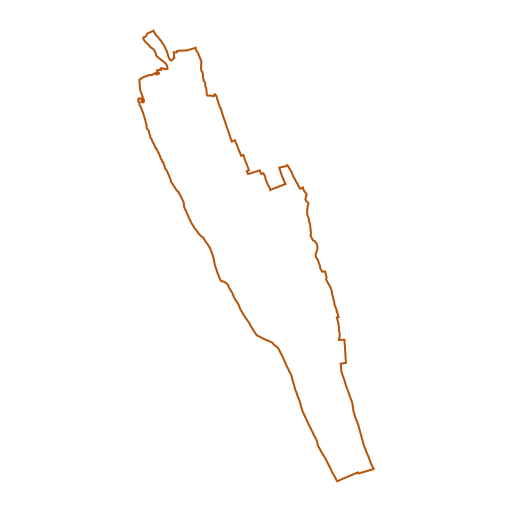 the district of Alexandru Vlahuta, Vaslui, Romania
{"feature_id": "2599482B68541594325283", "entity_name": "Alexandru Vlahuta", "entity_type": "district", "adm_level": 2, "iso_a3": "ROU", "parent_name": "Romania", "parent_adm1": "Vaslui", "projection": "robinson", "projection_center": [27.622, 46.447], "detail": "fine", "context": "isolated", "style": "outline", "palette": "amber", "viewbox_px": 512, "rotation_deg": 0, "n_neighbors": 0, "source": "geoboundaries", "source_scale": "gbopen_adm2", "svg_char_len": 5928}
<svg xmlns="http://www.w3.org/2000/svg" viewBox="0 0 512 512"><path d="M373.7,468.9L371.1,463.7L368.5,456.8L366.2,451.6L365.7,449.9L364.8,447.9L363.5,444.0L361.9,438.1L361.4,436.9L361.1,435.1L360.6,433.6L358.9,427.4L358.3,424.7L355.4,417.7L353.5,411.3L352.4,403.9L351.7,401.0L351.1,399.4L349.9,396.6L349.1,394.0L347.7,390.1L346.1,386.1L344.3,379.9L342.3,374.3L341.4,371.2L341.2,370.0L341.0,366.5L340.6,363.7L346.0,362.8L345.6,358.2L345.1,349.5L344.4,339.8L339.0,339.9L339.7,336.2L339.8,334.2L339.4,332.3L339.1,331.4L338.9,330.5L338.9,329.2L339.1,327.7L339.0,326.6L338.6,325.7L338.3,322.6L337.4,319.9L337.1,317.8L336.9,317.4L338.6,317.1L338.1,315.7L337.7,313.8L336.7,311.2L336.6,309.8L336.3,309.0L335.5,307.2L334.4,304.3L334.3,302.8L334.1,301.5L332.2,294.2L331.8,291.7L331.4,290.0L330.5,287.5L328.2,283.1L327.9,283.0L326.1,279.4L326.1,279.0L326.5,277.7L326.5,276.9L325.3,271.9L325.1,271.5L322.1,271.7L320.1,268.0L320.0,266.0L319.3,264.1L318.9,263.4L318.4,261.4L317.7,259.6L316.1,257.3L315.7,256.2L315.6,255.5L315.7,254.6L316.4,251.8L317.4,249.5L317.5,248.7L317.4,248.1L317.5,247.3L317.1,245.0L316.3,242.9L314.2,240.8L313.3,240.2L312.9,240.2L310.7,236.1L310.7,235.0L311.0,233.6L310.7,231.0L310.7,229.1L310.3,227.6L310.2,225.0L309.7,222.4L309.3,222.1L308.9,221.3L308.8,220.4L308.9,219.2L308.7,218.3L307.7,215.8L307.1,213.3L307.0,212.6L307.3,212.1L307.4,211.6L307.1,210.5L307.5,208.3L307.6,206.3L308.4,203.8L308.4,202.9L307.6,202.1L306.7,201.6L305.4,199.6L305.9,196.9L306.5,195.4L306.6,194.0L304.0,190.8L303.0,188.6L302.9,187.5L300.1,188.7L298.4,185.8L298.1,185.5L297.8,184.2L297.5,183.7L296.8,182.9L296.0,181.6L295.1,179.6L293.7,177.4L292.2,173.7L290.8,170.7L287.4,165.2L286.1,165.7L285.7,166.3L285.0,166.6L284.3,166.5L279.3,167.6L281.6,175.2L283.4,179.1L284.5,182.1L285.6,183.9L281.9,185.4L272.1,189.2L270.3,190.1L270.2,189.2L269.7,187.9L267.6,184.3L267.1,182.7L265.6,179.5L265.2,176.6L263.4,173.3L262.7,173.2L261.9,173.9L261.4,174.0L261.2,173.8L260.5,172.7L259.8,170.3L251.3,173.1L248.1,174.0L246.8,171.1L248.9,170.4L248.8,169.9L247.1,165.2L244.7,159.3L243.4,155.0L243.3,154.9L241.1,155.8L239.9,152.5L238.8,150.2L237.2,145.7L235.9,143.0L234.9,140.2L231.8,141.6L223.2,116.4L220.6,107.9L220.0,107.7L219.9,107.3L217.5,100.0L216.3,95.8L215.5,94.7L214.9,94.2L214.5,94.4L213.8,96.1L213.2,96.4L211.7,95.7L207.4,95.6L206.6,93.8L206.7,92.9L206.1,87.8L205.4,86.3L205.1,84.7L205.3,83.5L204.3,81.2L203.5,80.6L203.4,80.2L203.6,79.0L203.0,78.0L203.1,76.6L203.0,76.1L203.0,75.2L202.8,74.5L202.9,73.7L202.5,72.5L202.5,72.1L201.9,71.8L201.2,69.8L201.0,67.2L201.3,62.8L201.3,61.5L201.2,61.0L197.9,52.9L196.2,50.3L195.8,49.4L195.6,47.8L187.0,50.4L178.9,50.7L178.6,50.9L177.9,51.1L176.9,51.1L176.8,52.3L173.7,52.3L174.0,54.2L174.0,56.3L173.9,57.3L174.4,57.9L173.4,58.7L172.4,59.9L171.1,60.6L170.7,60.3L169.7,59.3L168.7,57.5L167.0,51.7L164.5,46.3L163.2,44.1L161.9,42.5L161.1,40.9L160.5,40.4L158.5,37.8L156.3,35.6L155.7,34.5L153.4,31.0L153.4,30.7L149.9,32.4L147.7,33.3L146.7,34.6L146.4,35.6L146.0,36.0L144.7,37.1L143.3,37.4L143.5,39.1L144.1,40.2L145.3,41.8L148.0,44.2L150.2,47.0L153.0,48.9L153.9,49.7L154.3,50.3L155.9,53.7L156.2,55.5L157.0,56.5L164.7,62.6L165.5,63.4L166.5,64.8L167.1,66.1L167.5,68.9L165.0,69.2L163.2,68.5L161.4,68.2L161.0,68.3L160.6,68.6L161.0,69.5L161.1,69.9L157.4,70.2L157.0,70.3L157.2,71.0L157.3,72.0L157.6,72.3L158.6,72.6L158.9,73.0L159.0,73.6L158.8,73.8L156.2,74.5L155.8,74.0L155.7,73.0L154.8,73.5L153.8,73.8L152.9,74.6L151.9,75.0L148.2,75.2L146.4,76.3L144.8,76.6L143.0,77.3L142.2,77.9L141.0,78.5L140.1,79.4L139.4,79.7L139.4,80.6L139.8,84.7L139.8,87.3L140.2,89.7L140.6,91.1L140.7,92.2L141.5,93.4L142.3,95.8L142.2,96.3L142.7,96.8L143.0,98.8L143.6,99.3L143.8,99.7L143.9,101.0L143.8,102.0L143.1,102.4L142.1,102.3L141.9,102.0L141.8,101.3L141.8,100.8L142.0,100.7L141.6,98.8L141.2,98.6L140.5,98.5L139.5,98.8L139.2,98.4L138.5,98.6L138.5,98.8L138.6,99.7L138.3,100.5L138.4,101.6L139.0,102.0L139.4,102.0L139.6,102.2L139.4,103.9L139.6,104.9L141.0,107.5L142.1,110.7L142.9,112.2L145.2,120.0L146.7,125.9L146.7,128.2L147.0,128.8L147.9,129.4L149.0,131.5L149.0,132.5L150.3,136.0L150.4,137.8L151.7,139.3L151.9,140.1L152.4,141.3L154.6,145.5L155.1,147.0L155.5,148.0L155.9,148.0L156.6,149.4L156.9,149.5L157.8,151.5L158.5,152.7L160.4,157.2L160.9,159.0L161.9,160.0L161.9,161.0L162.3,161.7L163.1,162.1L163.4,162.6L163.5,163.5L164.3,165.6L165.2,168.6L165.7,169.4L166.4,169.9L167.4,172.0L170.7,179.8L171.1,182.1L172.2,183.4L173.1,185.1L174.4,186.8L175.4,188.3L175.7,188.9L176.8,190.5L178.9,192.6L179.4,193.9L180.8,196.3L182.3,199.6L183.3,201.4L183.9,203.7L183.9,205.1L184.1,206.8L185.3,209.7L186.1,211.1L187.1,213.7L188.0,215.4L188.8,217.9L190.4,220.9L191.0,221.9L191.4,223.0L195.3,229.1L196.9,231.0L197.4,231.6L197.6,232.1L199.8,234.9L201.5,236.5L202.4,236.9L203.4,237.8L205.3,241.4L207.3,243.7L209.9,247.9L212.1,253.6L213.1,256.5L213.3,257.9L213.7,258.5L213.8,259.1L214.7,264.4L215.9,268.2L217.2,271.7L217.5,273.2L218.3,274.7L219.1,277.3L220.7,280.4L221.1,281.1L221.6,281.3L222.9,281.3L223.5,281.5L224.7,282.1L227.2,284.0L227.8,284.8L229.2,287.9L232.2,292.9L233.4,295.4L233.7,297.0L238.2,303.9L239.3,306.2L239.8,308.2L241.3,310.9L244.9,316.8L246.2,318.5L247.9,321.2L248.9,322.4L250.6,325.7L251.2,326.6L253.4,330.3L256.4,334.8L257.5,335.8L259.8,336.7L264.7,339.3L271.8,342.3L272.8,343.2L273.6,344.4L277.7,347.6L278.2,348.3L282.2,355.8L284.8,361.8L285.5,363.1L285.9,364.6L286.6,365.6L287.3,367.5L287.7,367.9L289.0,370.6L289.2,371.6L290.3,372.9L291.7,376.2L292.1,379.0L292.6,380.0L293.1,382.3L293.9,384.1L294.6,387.3L295.4,390.1L296.3,391.9L297.0,394.3L297.7,396.0L298.0,397.4L298.8,398.7L300.3,403.5L301.3,407.2L302.5,411.1L309.2,425.5L312.7,432.4L313.7,434.9L316.4,439.6L316.9,441.2L317.4,442.9L317.7,445.1L318.0,445.9L318.4,446.7L319.3,447.9L321.2,451.7L325.9,459.3L329.3,466.4L330.2,467.9L331.9,471.8L335.0,477.1L336.5,480.1L337.3,481.3L341.6,479.3L357.8,472.4L358.3,473.5L367.2,471.0L373.7,468.9Z" fill="none" stroke="#b45309" stroke-width="2"/></svg>